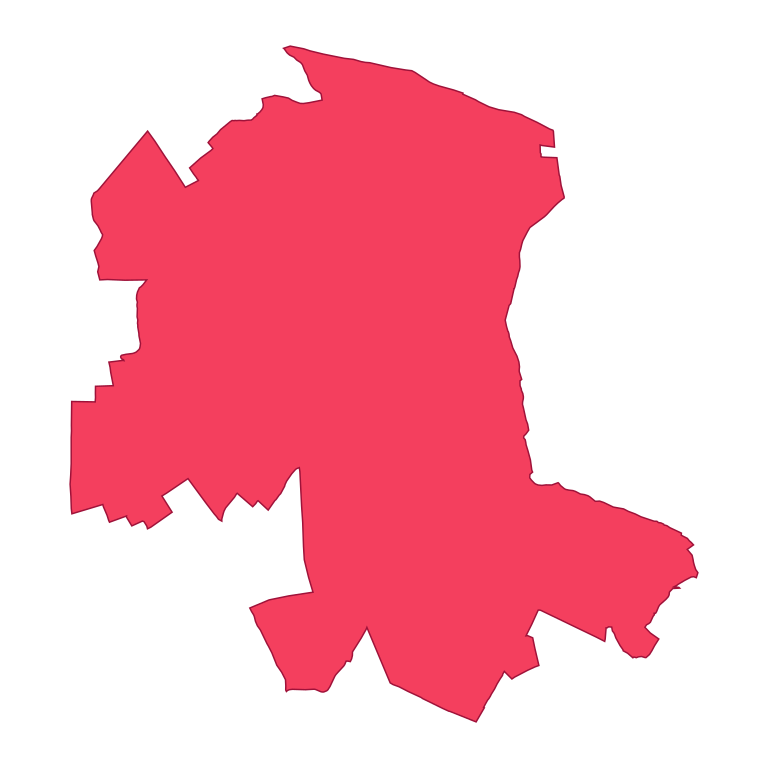 the district of Strunga, Iasi, Romania
{"feature_id": "2599482B42928689760667", "entity_name": "Strunga", "entity_type": "district", "adm_level": 2, "iso_a3": "ROU", "parent_name": "Romania", "parent_adm1": "Iasi", "projection": "mercator", "projection_center": [26.943, 47.159], "detail": "fine", "context": "isolated", "style": "filled", "palette": "rose", "viewbox_px": 768, "rotation_deg": 0, "n_neighbors": 0, "source": "geoboundaries", "source_scale": "gbopen_adm2", "svg_char_len": 6041}
<svg xmlns="http://www.w3.org/2000/svg" viewBox="0 0 768 768"><path d="M538.9,665.5L534.9,648.5L532.7,637.8L527.5,635.6L526.0,635.8L531.8,624.2L538.2,610.1L539.9,610.1L541.1,610.5L596.5,637.2L604.7,641.4L605.2,639.0L606.1,627.8L607.0,627.9L608.6,626.8L611.7,627.1L612.4,630.9L613.7,632.6L614.5,634.0L615.8,637.8L620.1,645.6L622.9,649.6L623.2,650.8L627.6,653.2L632.9,657.8L633.3,657.3L634.0,657.1L634.8,657.2L636.2,657.7L638.6,656.8L641.6,656.5L645.2,657.6L646.0,657.6L649.5,654.5L651.9,650.7L654.5,645.8L658.8,639.0L650.3,633.0L644.9,627.3L646.5,624.8L648.8,623.6L650.4,622.2L653.1,616.3L654.4,614.7L654.1,613.3L655.6,613.2L656.5,611.8L658.6,606.7L659.8,604.8L665.9,599.4L668.3,596.7L669.1,594.9L669.4,592.2L669.9,591.5L672.8,588.5L679.6,588.1L678.9,587.4L674.0,586.8L677.2,585.1L677.8,584.5L684.7,580.4L691.2,577.0L693.8,576.7L696.3,577.7L697.9,572.7L695.7,569.5L694.3,565.3L693.5,562.3L693.0,559.2L692.1,555.2L687.2,549.4L693.5,544.9L691.3,542.5L689.2,540.7L687.4,538.4L681.3,535.3L681.4,533.1L669.9,527.7L667.1,525.8L665.7,525.3L664.6,525.2L664.0,524.9L663.7,524.2L663.1,523.9L660.9,522.9L658.5,522.6L656.9,521.3L654.1,521.2L641.0,516.8L635.1,513.9L628.4,511.4L623.6,508.9L613.4,507.1L603.8,502.5L599.7,501.1L595.6,501.3L595.0,501.1L589.8,496.8L587.9,495.7L584.4,494.6L580.4,494.0L575.4,491.4L573.0,490.6L568.8,490.1L565.6,489.4L564.2,488.6L560.5,485.5L558.9,483.4L558.1,482.7L551.7,485.0L546.0,484.9L541.9,485.4L538.1,485.0L535.5,484.0L534.4,483.2L531.4,480.1L529.7,477.8L529.9,474.4L532.6,472.1L531.8,470.2L530.4,459.9L528.0,451.0L526.1,444.8L525.8,442.6L525.2,439.7L523.7,438.0L523.8,436.1L526.0,433.9L528.7,430.2L527.6,424.0L526.0,419.8L523.3,407.4L522.5,404.4L522.6,401.9L523.3,398.7L523.4,396.8L522.8,393.5L521.4,390.3L521.3,389.0L520.1,385.8L520.0,383.7L520.0,380.8L521.7,379.4L519.3,371.8L519.2,370.1L519.5,366.8L518.9,362.0L517.0,356.2L512.8,348.0L510.7,340.8L509.3,337.0L509.0,334.1L508.3,331.7L507.9,331.3L506.5,326.4L505.2,320.1L509.1,305.4L510.7,303.6L513.8,289.8L513.8,288.8L514.2,288.8L514.9,286.8L516.6,279.4L517.7,276.4L518.5,272.7L519.4,270.2L519.9,267.5L520.0,266.4L519.8,260.5L519.4,257.0L519.4,252.7L520.6,249.3L521.8,244.1L522.8,240.7L527.4,231.8L529.9,227.5L544.3,216.8L546.6,214.7L554.2,206.5L557.6,203.2L562.0,199.5L564.0,198.2L564.2,197.0L561.1,185.4L559.8,176.4L559.2,175.0L556.9,157.7L543.6,157.2L541.2,156.9L541.0,156.6L541.0,154.0L540.3,152.7L540.1,145.0L542.0,145.5L554.5,147.1L553.4,131.3L552.9,130.2L549.6,129.0L537.0,122.3L524.6,116.5L521.6,114.7L514.3,112.3L498.7,109.7L489.0,106.8L478.6,101.7L475.5,99.8L462.8,94.2L463.0,93.1L453.7,90.0L439.2,86.0L433.5,84.0L429.5,82.1L415.2,72.5L411.8,70.7L405.8,70.0L391.0,67.6L369.7,62.7L365.5,62.4L361.1,61.6L353.6,59.4L344.2,58.3L323.3,54.1L310.2,50.9L303.8,48.8L290.2,46.1L283.6,48.3L284.3,48.9L287.0,52.7L288.5,54.1L289.7,55.1L294.0,57.2L296.7,60.0L300.6,62.5L302.4,64.6L304.8,70.9L307.3,75.2L308.7,80.3L309.9,83.1L311.3,85.6L313.6,88.5L315.6,90.2L319.1,92.1L320.2,92.9L321.1,94.1L322.1,100.1L309.1,102.7L303.4,103.5L300.2,103.4L297.3,102.4L292.2,100.4L288.5,98.1L283.2,96.9L274.6,95.4L271.9,96.5L271.0,96.5L265.7,97.7L262.1,98.8L263.3,104.7L263.0,107.5L261.9,109.6L260.0,111.9L257.8,113.8L256.9,114.0L256.9,115.3L253.8,117.8L252.8,119.0L251.2,120.1L247.5,120.2L244.0,120.7L239.4,120.4L236.2,120.6L235.0,120.4L234.1,120.7L232.1,120.5L230.3,121.6L220.6,129.6L217.0,133.9L212.8,137.2L209.4,140.9L208.1,142.6L212.4,147.7L212.9,148.6L210.9,150.5L200.7,158.0L189.6,167.9L193.5,173.8L196.5,177.7L196.9,178.6L198.0,179.8L198.4,180.5L185.3,187.3L174.7,170.8L165.2,156.9L154.9,141.2L147.6,131.1L99.4,188.7L97.4,190.9L93.9,193.1L93.2,195.1L91.6,198.4L91.3,199.6L91.3,201.5L92.3,213.1L92.3,214.5L93.4,219.1L94.0,220.7L97.9,225.7L100.2,230.1L101.3,232.6L102.6,234.6L102.3,236.5L101.4,238.8L97.0,246.6L94.2,250.5L95.7,255.9L97.9,262.7L98.9,266.6L97.7,271.8L99.8,279.9L107.5,279.5L125.0,280.2L146.7,279.9L142.9,284.8L140.9,286.8L139.4,287.8L137.5,291.9L136.7,295.2L136.5,299.0L137.4,302.1L137.0,304.5L137.0,306.3L137.4,308.3L137.1,316.9L137.8,319.9L137.5,323.4L137.8,325.0L137.8,327.0L138.9,333.6L139.0,335.9L140.5,343.4L140.1,346.6L139.7,348.2L139.1,349.4L136.3,352.0L134.4,352.9L132.4,353.5L126.0,354.3L121.8,355.2L121.2,355.6L120.7,356.4L120.7,357.2L121.1,358.1L121.6,358.8L123.5,359.7L123.9,360.6L123.0,360.4L108.9,362.1L110.1,367.4L110.7,372.3L113.3,385.7L95.5,386.3L95.4,393.0L95.5,397.6L95.2,401.9L71.7,401.5L71.4,425.4L71.5,431.0L71.2,437.4L71.2,463.7L70.7,475.2L70.1,484.2L70.9,496.2L71.3,508.6L71.9,513.8L102.8,504.5L103.4,506.7L107.1,515.4L108.7,520.5L109.5,522.2L126.5,516.0L126.4,516.6L126.6,517.3L131.8,525.9L142.4,521.1L144.0,521.6L146.8,526.1L147.5,528.8L150.8,527.2L172.1,512.2L161.9,496.0L166.6,493.1L188.0,478.6L205.7,502.7L214.3,514.0L216.5,516.5L218.5,519.3L221.8,521.1L221.8,519.1L223.4,513.0L224.1,510.9L225.7,507.8L234.5,497.2L236.5,493.9L237.2,493.3L252.7,506.7L255.7,503.6L257.3,501.2L258.1,500.7L268.2,510.1L274.9,500.5L276.0,499.6L279.2,495.1L280.7,493.6L284.6,486.3L285.1,484.4L286.7,481.0L291.7,473.8L295.3,469.7L296.5,468.7L299.3,467.6L299.9,471.6L301.6,506.0L302.7,522.3L303.5,546.2L304.3,559.8L308.6,577.4L313.0,592.2L288.7,595.9L269.1,599.9L249.8,608.0L251.6,611.6L253.6,614.8L254.3,616.5L255.5,621.4L257.4,625.8L260.4,630.0L267.0,643.7L268.4,646.1L271.9,652.9L276.8,665.2L281.7,672.3L285.5,679.7L285.8,685.8L285.7,690.0L286.4,691.5L287.5,690.5L289.3,689.7L292.4,689.3L305.5,689.7L314.2,689.2L315.6,689.5L321.1,691.8L322.4,692.0L323.7,692.0L326.7,690.8L327.9,689.8L330.0,686.5L334.8,676.3L335.9,674.6L338.3,671.9L343.6,666.2L344.7,664.6L346.1,661.2L347.7,661.1L350.3,661.6L351.6,658.9L352.4,655.5L352.5,651.9L361.2,638.1L366.1,629.4L366.9,627.4L390.2,682.9L393.1,684.6L399.1,686.8L408.0,691.4L421.2,697.5L422.5,698.5L442.7,708.4L448.8,711.2L449.9,711.4L476.1,721.9L484.3,707.8L483.6,707.5L485.2,704.4L487.6,700.1L488.8,698.7L490.4,696.1L491.3,694.2L494.6,688.9L497.1,683.9L500.2,678.8L502.5,675.4L502.8,674.0L504.3,671.4L511.9,679.0L514.6,677.1L527.6,670.3L535.0,666.9L538.9,665.5Z" fill="#f43f5e" stroke="#9f1239" stroke-width="1.5"/></svg>